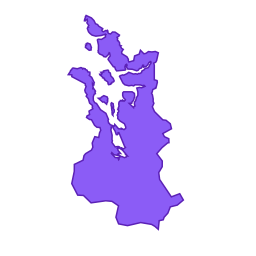 Kvænangen nor, Troms, Norway (Albers equal-area conic projection), rotated 18°
{"feature_id": "86288312B24070411232655", "entity_name": "Kvænangen nor", "entity_type": "district", "adm_level": 2, "iso_a3": "NOR", "parent_name": "Norway", "parent_adm1": "Troms", "projection": "albers", "projection_center": [21.813, 69.853], "detail": "fine", "context": "isolated", "style": "filled", "palette": "violet", "viewbox_px": 256, "rotation_deg": 18, "n_neighbors": 0, "source": "geoboundaries", "source_scale": "gbopen_adm2", "svg_char_len": 5675}
<svg xmlns="http://www.w3.org/2000/svg" viewBox="0 0 256 256"><g transform="rotate(18 128 128)"><path d="M53.4,33.9L53.1,35.3L53.3,35.4L53.2,38.1L53.4,39.5L54.2,39.4L54.5,39.1L54.5,38.3L55.6,37.2L56.6,39.3L56.3,40.3L56.6,40.9L59.0,42.5L58.7,43.9L59.3,44.4L58.6,45.0L58.5,45.8L60.7,48.7L62.5,49.8L65.1,50.8L69.0,50.6L74.0,48.3L77.6,45.7L78.1,46.0L77.8,46.2L77.9,47.2L78.5,48.3L75.4,51.9L72.5,52.6L71.7,53.3L71.7,53.8L74.3,58.3L75.7,62.9L75.6,63.7L76.0,64.1L76.2,65.2L78.2,66.4L81.5,66.7L82.9,67.6L85.0,67.3L86.5,64.6L86.8,62.2L87.3,62.3L88.8,64.9L87.8,67.7L87.9,69.0L95.2,74.3L96.4,74.0L98.1,76.2L99.6,77.2L107.4,73.8L107.8,73.1L106.6,71.8L106.1,70.5L106.2,68.7L107.0,67.8L107.7,68.5L107.6,70.4L109.6,72.0L114.0,70.8L118.6,70.9L119.8,70.0L120.6,67.9L122.1,67.0L122.7,64.7L122.5,64.3L122.6,63.7L123.4,63.5L124.0,65.3L126.3,63.7L127.3,61.7L127.6,59.5L128.6,57.9L129.1,57.8L129.5,58.2L129.0,58.7L129.6,58.7L129.8,59.7L129.1,61.2L129.1,62.9L128.5,64.5L125.8,66.2L125.3,67.7L123.6,69.5L123.7,71.1L122.5,72.5L121.1,72.9L120.4,73.9L118.5,74.0L116.6,75.0L111.5,74.8L110.2,76.7L107.6,79.1L106.6,79.1L104.3,80.7L104.0,81.5L109.3,86.8L111.6,87.9L115.8,87.6L118.3,86.3L120.4,86.2L121.3,84.8L126.4,83.2L128.5,83.3L130.0,82.5L130.5,82.7L131.3,83.1L128.6,85.5L126.4,85.8L124.0,87.3L126.2,90.6L127.2,93.6L127.2,94.6L126.5,96.8L126.7,97.1L126.8,99.8L126.2,101.4L126.6,103.0L127.8,105.0L127.0,105.7L126.9,106.4L127.0,106.9L121.5,104.2L123.9,103.3L123.8,102.0L124.5,100.5L124.7,99.1L124.5,95.7L123.4,93.1L120.7,92.3L112.7,94.9L112.1,96.2L112.9,98.8L114.2,100.5L116.8,101.9L116.7,102.6L115.9,103.8L114.1,103.0L113.9,103.2L114.0,104.2L112.3,104.2L112.3,104.7L111.6,105.6L111.5,106.5L111.8,108.1L112.7,110.0L112.5,111.8L113.0,112.7L112.4,113.3L114.0,114.7L114.0,115.9L113.5,116.6L114.1,118.3L113.7,119.0L114.8,120.2L115.3,122.2L118.2,123.8L123.2,125.0L125.6,127.8L125.9,129.0L124.7,130.8L121.6,130.3L121.6,130.8L121.9,131.1L119.2,131.6L114.3,128.7L114.5,130.1L113.7,131.0L113.7,132.1L113.9,132.6L116.7,135.0L118.9,137.9L119.9,137.7L120.3,136.9L120.0,135.5L120.8,135.2L130.3,146.4L131.6,147.3L130.1,149.3L127.8,148.8L126.2,149.8L129.5,150.7L135.7,154.5L135.0,154.5L135.5,154.8L135.3,155.3L135.5,155.4L135.2,155.7L135.3,156.1L133.8,157.3L131.0,157.0L129.1,158.0L128.7,158.5L129.1,160.7L128.9,161.1L127.6,159.3L125.0,160.1L120.1,157.4L120.2,156.4L122.8,157.7L128.0,157.1L128.6,156.6L126.4,155.9L127.5,154.5L128.6,154.4L125.5,152.4L125.0,151.8L124.9,150.4L124.2,150.5L124.7,149.1L126.4,148.7L124.4,148.6L121.6,149.9L117.2,146.7L117.1,144.9L116.4,144.0L115.1,139.7L112.2,135.0L112.3,134.5L112.1,133.0L111.7,132.4L112.9,131.5L113.1,130.5L109.7,130.3L108.9,129.3L108.0,129.3L106.6,126.8L106.8,125.9L102.5,120.9L96.2,119.1L90.5,114.4L88.5,114.2L86.5,112.4L85.3,109.0L85.4,106.4L86.4,105.4L85.4,103.8L85.7,103.0L83.2,101.1L82.4,101.5L82.2,100.6L82.4,100.2L81.2,98.3L80.6,97.1L80.4,96.5L82.1,97.8L82.3,97.6L81.8,96.2L82.0,95.4L77.9,91.1L74.9,89.9L75.2,88.7L74.5,86.7L72.3,87.0L71.3,85.7L69.3,85.5L69.0,84.9L67.2,85.0L66.7,85.9L65.5,85.0L64.5,85.1L61.5,87.3L57.2,87.9L56.6,88.5L56.3,90.1L55.6,90.9L55.7,91.9L54.7,95.7L58.1,94.8L58.7,96.5L73.7,99.1L74.2,100.6L75.3,101.3L75.2,105.3L76.3,107.1L78.8,108.9L78.4,110.7L81.2,112.4L83.8,116.2L87.1,117.5L87.6,118.5L87.5,119.2L88.6,120.6L85.7,124.0L87.3,127.1L85.3,129.2L85.3,130.8L88.8,131.8L90.7,131.4L95.4,135.8L98.2,136.9L101.2,136.2L102.8,138.6L102.4,141.3L103.1,146.1L99.1,146.5L98.6,153.4L100.5,157.1L100.1,160.3L95.6,165.5L94.7,167.8L95.2,172.5L88.2,179.2L90.3,185.8L91.7,198.3L100.9,207.4L106.5,205.9L116.0,210.6L129.3,204.1L135.4,202.7L143.0,204.9L144.1,216.6L148.7,222.1L157.7,221.0L169.3,214.0L180.2,212.4L183.9,213.2L188.1,215.0L186.3,206.5L189.9,204.4L189.9,201.8L192.2,196.7L192.6,189.9L198.7,186.1L202.9,179.4L197.5,174.5L190.5,180.1L174.0,167.2L171.0,160.9L172.5,154.3L170.8,148.8L163.3,143.5L166.4,136.2L170.3,129.9L171.5,129.3L170.1,125.6L165.3,125.0L162.8,122.5L169.6,115.3L166.9,110.9L161.8,108.9L158.6,109.5L148.1,104.2L144.6,100.3L145.0,96.5L143.7,95.0L143.0,92.6L140.9,88.8L139.6,87.6L139.9,86.4L139.7,83.7L142.1,81.6L141.7,81.1L142.2,80.6L141.8,75.5L141.0,73.9L138.1,74.0L133.6,60.1L132.4,58.4L134.0,56.9L134.4,55.1L133.6,47.1L130.3,46.8L127.2,48.3L123.8,49.0L122.1,51.4L120.2,52.5L115.8,50.2L115.8,54.3L112.0,57.4L112.6,62.2L108.5,64.9L107.4,63.7L107.1,62.5L105.0,60.6L99.2,59.2L98.4,57.6L99.2,54.7L97.4,54.3L95.6,52.7L96.1,51.9L94.3,51.7L93.7,49.6L91.9,48.1L91.1,48.2L90.5,46.9L90.6,46.2L89.5,45.1L90.9,43.6L91.2,42.3L86.1,40.8L83.6,41.5L82.4,43.9L80.6,44.1L79.4,43.5L78.9,42.0L78.3,41.5L77.9,42.2L76.9,42.0L74.9,44.0L74.0,44.0L73.0,43.3L72.9,42.6L73.3,42.0L73.3,41.3L68.7,40.2L67.1,39.0L64.9,38.9L62.4,36.3L59.2,34.6L53.4,33.9ZM98.6,85.4L95.5,83.7L94.2,81.2L92.5,80.8L91.7,79.4L91.0,79.1L87.3,81.1L87.0,81.5L87.5,82.3L85.0,83.4L86.5,84.4L86.1,85.1L86.3,85.6L86.1,86.0L85.3,85.4L84.5,85.6L84.8,86.0L84.1,85.8L88.4,87.6L88.4,88.1L89.8,88.0L90.1,88.6L90.8,88.8L90.9,89.4L94.4,90.4L95.5,91.8L95.8,91.6L95.4,92.2L96.2,92.8L98.0,91.8L98.2,91.4L98.0,90.9L98.6,90.6L98.4,90.3L98.7,89.4L100.0,88.6L100.3,87.5L98.6,85.4ZM98.6,104.9L95.0,104.7L93.1,107.0L92.8,108.0L90.6,108.9L96.0,111.2L97.1,110.6L100.3,112.0L100.2,110.4L100.5,109.6L100.3,108.3L99.7,108.0L99.9,106.6L98.6,104.9ZM68.8,65.2L68.3,63.6L68.4,62.9L66.1,59.9L63.3,59.7L62.4,60.5L62.8,60.7L63.0,61.7L62.0,62.2L62.4,62.9L62.3,63.2L62.6,64.5L67.1,66.1L68.8,65.2ZM106.3,109.4L104.5,109.1L104.3,110.1L105.1,112.2L106.2,113.0L106.0,113.7L107.3,116.4L107.8,116.7L107.8,117.7L108.9,120.2L109.7,120.6L109.2,119.7L109.4,119.5L109.4,118.2L109.9,117.3L109.8,116.3L109.3,115.0L107.6,113.6L107.6,113.0L107.9,113.0L107.7,112.2L106.3,109.4Z" fill="#8b5cf6" stroke="#5b21b6" stroke-width="1.5"/></g></svg>